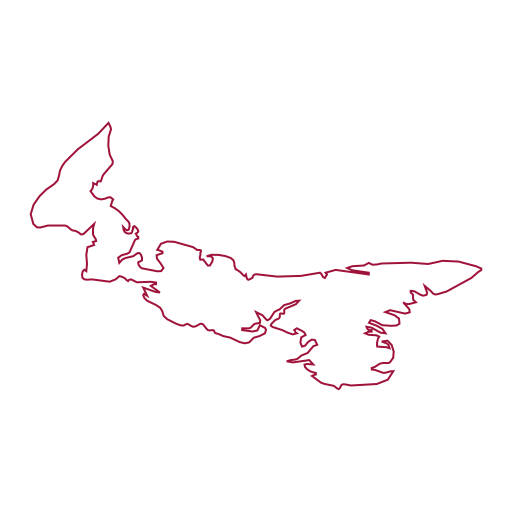 outline of Prince Edward Island
{"feature_id": "CAN-687", "entity_name": "Prince Edward Island", "entity_type": "Province", "adm_level": 1, "iso_a3": "CAN", "parent_name": "Canada", "parent_adm1": "", "projection": "equal_earth", "projection_center": [-63.312, 46.509], "detail": "fine", "context": "isolated", "style": "outline", "palette": "rose", "viewbox_px": 512, "rotation_deg": 0, "n_neighbors": 0, "source": "natural_earth", "source_scale": "10m", "svg_char_len": 5469}
<svg xmlns="http://www.w3.org/2000/svg" viewBox="0 0 512 512"><path d="M476.3,266.3L481.3,268.6L481.2,270.1L478.2,272.0L471.3,278.0L446.6,291.5L437.9,294.1L435.1,294.5L432.8,293.3L430.9,291.1L424.7,285.9L427.1,292.6L426.6,294.8L423.3,295.7L420.5,294.8L414.4,291.3L410.7,290.9L410.7,292.5L412.9,294.6L413.2,299.7L415.9,302.3L409.3,304.0L406.2,304.1L403.2,302.3L409.3,309.2L409.7,312.3L405.1,313.6L390.1,310.2L385.4,312.1L394.7,315.3L399.0,318.6L399.5,323.7L396.5,325.5L391.1,325.8L382.3,325.2L374.7,321.2L370.7,320.1L369.0,322.8L376.9,325.8L382.5,329.0L385.5,333.3L380.4,332.6L371.4,327.6L366.5,326.8L367.3,328.7L368.3,329.8L369.6,330.2L371.6,330.1L371.6,331.7L369.7,331.6L368.2,331.9L365.1,333.3L368.8,334.8L376.3,335.3L379.2,336.6L377.9,339.0L377.1,342.4L377.0,345.3L377.3,346.6L386.5,347.2L389.5,348.2L388.5,344.9L386.7,343.4L381.7,341.5L387.5,340.7L391.6,344.9L393.7,351.5L393.2,358.0L392.9,358.2L390.1,362.1L388.9,362.9L387.2,363.1L383.8,362.9L380.0,363.6L375.0,366.8L371.7,368.0L371.8,369.5L375.0,369.9L383.2,372.9L385.8,372.7L390.6,371.3L393.3,371.2L387.8,379.7L376.8,384.0L351.0,385.5L345.3,384.4L342.7,384.3L341.3,385.2L339.7,388.3L338.7,389.1L337.6,388.7L334.7,386.5L333.7,385.8L324.0,383.8L320.9,382.6L312.0,376.0L314.7,374.7L315.8,374.5L315.8,372.9L313.0,372.3L310.1,371.2L307.4,369.5L305.1,367.1L304.5,364.6L307.0,364.0L313.3,364.5L309.2,360.1L293.0,362.4L286.7,361.3L290.7,360.1L294.9,359.6L297.3,358.9L301.6,355.4L307.6,353.0L313.3,346.2L317.2,344.8L314.9,340.0L311.7,339.6L308.2,341.9L305.0,345.7L302.0,346.6L300.4,342.6L301.2,337.4L305.6,335.0L304.3,332.5L302.1,331.0L296.8,328.3L294.2,330.1L295.1,331.3L295.4,332.1L295.8,332.7L296.8,333.3L292.8,334.4L287.7,332.7L282.3,330.1L272.6,327.0L270.7,325.6L271.6,323.6L275.0,320.3L276.1,319.6L277.9,319.0L278.8,318.5L279.7,317.2L279.9,315.9L279.8,314.6L280.2,313.6L281.0,313.4L283.2,313.8L284.0,313.6L284.3,312.5L284.2,311.1L284.3,309.8L285.2,308.7L295.9,304.2L299.1,300.7L295.8,300.9L290.1,303.4L284.2,305.1L279.4,309.5L277.0,310.5L274.4,312.0L270.0,318.8L267.4,320.3L266.3,319.6L262.4,315.2L256.1,312.1L260.2,320.3L260.0,322.8L255.4,323.7L253.9,324.4L250.8,327.6L249.1,328.3L242.2,328.3L242.2,330.1L252.5,331.5L257.3,330.5L259.9,325.2L265.0,327.9L266.0,329.8L265.0,333.3L259.4,336.1L253.8,337.7L249.1,342.4L244.7,343.3L239.7,342.1L230.2,337.6L223.3,336.1L218.3,333.9L216.0,333.3L214.9,332.8L214.0,330.6L212.9,330.1L209.0,330.4L207.9,330.1L206.1,328.3L203.3,324.6L201.5,323.7L199.9,324.0L195.8,326.3L193.3,326.8L191.4,326.1L189.3,324.8L187.4,323.9L185.7,324.4L183.6,325.5L180.8,325.4L176.1,323.7L167.2,319.2L163.7,315.9L162.3,311.3L160.3,307.9L155.8,304.9L147.1,300.7L144.3,297.9L143.2,295.1L144.1,293.8L147.1,295.7L143.2,287.6L155.5,291.9L159.9,292.5L150.8,285.9L153.2,284.6L154.4,284.2L156.0,284.2L156.0,282.5L150.5,281.8L136.9,282.3L131.1,279.4L129.5,279.7L128.2,280.4L128.0,281.0L126.7,280.2L125.0,278.4L124.3,277.9L120.9,276.4L119.5,276.1L115.5,279.4L109.7,281.7L92.1,279.4L87.0,279.7L84.3,279.3L82.5,277.9L82.0,274.7L82.7,271.4L84.3,269.7L86.3,271.2L87.0,264.0L86.3,254.7L87.5,247.2L94.1,245.0L93.3,242.7L92.9,241.9L96.1,241.1L95.7,239.0L94.0,236.5L93.0,234.4L93.0,229.4L93.3,227.2L94.2,223.9L83.4,234.1L80.8,234.4L79.2,232.9L77.0,231.6L74.6,230.7L72.6,230.4L71.2,229.7L67.3,226.4L65.0,225.5L48.0,225.5L40.3,227.5L36.9,227.3L33.3,223.9L30.7,214.2L33.6,204.7L39.6,196.1L46.2,189.6L54.1,184.1L57.6,180.4L59.0,175.8L60.0,170.6L62.3,165.8L65.2,161.8L77.9,149.2L98.2,133.8L108.5,122.9L110.1,126.0L110.7,127.7L111.0,129.4L108.7,136.6L108.3,145.7L109.7,154.7L112.8,161.2L112.5,164.0L103.2,174.9L102.5,176.3L101.3,180.0L100.7,181.4L100.0,181.4L98.7,181.1L97.5,181.7L96.7,184.8L96.0,184.3L94.0,183.6L93.2,183.1L93.2,185.7L92.7,187.8L91.9,189.5L90.5,191.1L94.4,196.4L97.3,198.5L101.2,199.4L105.0,198.7L107.8,197.5L110.3,197.2L113.2,199.4L112.3,200.9L110.7,206.0L115.0,208.3L118.9,211.2L122.5,214.8L125.8,219.0L128.5,221.7L129.5,223.7L129.5,227.0L128.6,229.7L127.1,230.3L125.2,229.2L123.2,227.0L123.7,230.0L124.8,232.0L126.5,233.2L128.8,233.6L131.3,233.2L132.1,232.0L132.4,230.4L133.3,228.7L132.9,228.3L133.2,226.8L134.4,226.1L136.5,227.9L137.7,229.6L138.3,231.0L137.8,232.3L135.8,233.6L136.4,234.6L136.7,235.4L137.2,236.2L138.3,236.9L138.3,238.5L136.1,239.1L134.9,240.2L129.5,252.4L126.9,253.8L121.9,255.1L118.2,257.7L119.3,262.9L122.3,259.5L125.5,258.0L133.2,256.2L136.3,254.0L137.9,253.0L139.7,253.2L141.0,254.8L142.0,257.6L142.0,260.3L140.2,261.4L138.3,262.1L138.2,263.6L139.0,265.4L140.2,267.1L141.9,268.3L157.4,271.3L161.2,271.1L163.5,268.0L160.4,263.1L157.0,258.7L156.6,255.2L162.5,253.2L162.5,251.7L158.8,250.2L157.3,249.9L160.9,243.8L167.2,241.5L174.2,241.8L193.0,247.1L196.0,249.1L196.6,249.7L197.4,250.0L199.1,249.9L200.8,250.3L201.0,251.3L200.5,252.4L200.3,253.2L200.5,254.7L200.0,256.2L199.7,257.8L200.3,259.7L203.2,259.5L207.8,265.5L209.9,265.5L212.3,261.6L212.9,258.4L211.3,256.4L206.6,256.2L211.6,254.8L218.5,254.9L225.5,256.1L230.8,258.0L233.5,260.4L234.3,262.9L234.5,265.9L235.7,269.4L236.4,269.4L240.4,272.2L243.5,275.4L244.7,276.1L245.9,274.5L246.9,278.6L248.2,279.8L249.9,279.2L252.3,277.9L252.6,277.3L252.9,276.4L253.5,275.3L254.8,274.5L256.2,274.2L277.2,276.6L300.9,275.9L320.0,272.7L321.5,274.2L323.0,277.0L324.8,278.0L327.0,274.5L325.6,272.7L335.7,269.9L368.8,274.5L368.8,272.7L351.9,270.2L347.2,268.0L352.4,266.2L364.0,265.5L368.8,262.9L372.4,264.7L376.8,264.5L381.5,263.5L411.0,262.7L428.1,264.0L442.8,260.8L458.7,261.6L476.3,266.3Z" fill="none" stroke="#9f1239" stroke-width="2"/></svg>